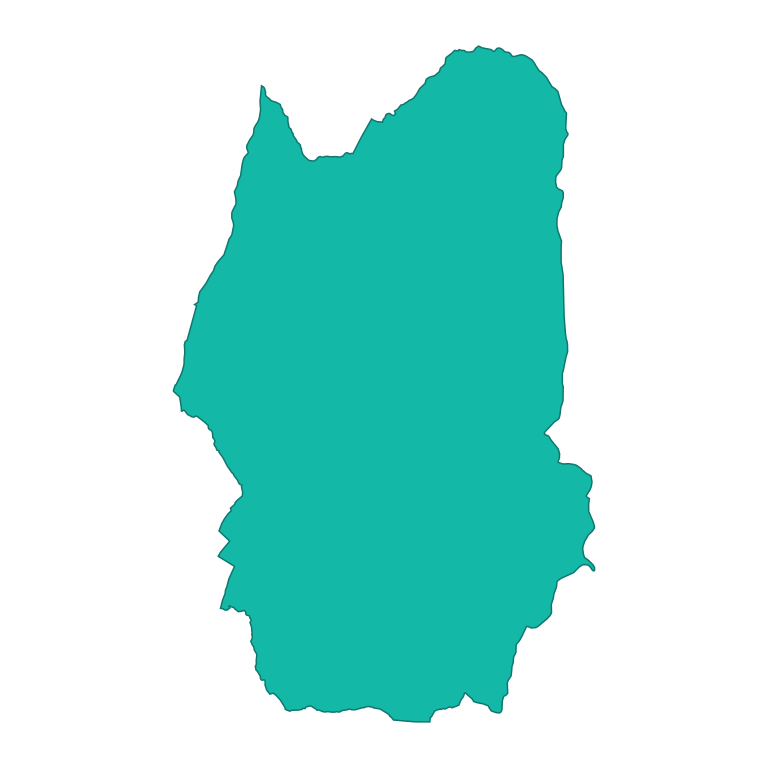 the district of Pasca, Cundinamarca, Colombia
{"feature_id": "7082276B89051465067513", "entity_name": "Pasca", "entity_type": "district", "adm_level": 2, "iso_a3": "COL", "parent_name": "Colombia", "parent_adm1": "Cundinamarca", "projection": "robinson", "projection_center": [-74.281, 4.297], "detail": "fine", "context": "isolated", "style": "filled", "palette": "teal", "viewbox_px": 768, "rotation_deg": 0, "n_neighbors": 0, "source": "geoboundaries", "source_scale": "gbopen_adm2", "svg_char_len": 6072}
<svg xmlns="http://www.w3.org/2000/svg" viewBox="0 0 768 768"><path d="M504.9,51.9L502.6,49.7L500.6,48.4L498.4,48.0L496.9,48.5L494.5,51.2L493.6,51.4L490.9,49.5L482.3,47.9L478.6,46.1L475.9,48.0L473.5,51.3L469.7,52.1L466.4,52.0L464.1,50.4L461.6,50.4L459.1,49.6L457.9,50.9L454.6,50.4L452.2,52.9L446.2,57.5L445.7,58.7L445.2,63.7L442.5,66.5L440.5,68.0L439.4,71.6L434.8,75.6L429.2,77.3L426.6,79.0L425.9,80.2L425.1,83.4L419.6,88.7L416.8,93.8L413.8,97.9L412.0,99.2L409.0,100.5L406.9,102.3L405.5,102.8L404.0,104.2L400.8,105.1L397.6,109.3L394.5,111.1L395.4,113.6L394.8,114.8L393.8,115.4L392.5,115.4L389.5,113.4L387.2,113.8L385.8,115.0L384.9,117.9L383.4,119.1L382.5,122.1L377.3,121.7L374.0,120.5L371.6,119.0L361.3,137.2L353.0,153.5L351.4,153.4L349.6,153.9L347.9,152.9L346.5,152.8L345.3,153.3L342.8,156.2L339.7,157.1L335.6,156.6L330.6,156.8L327.3,156.3L324.8,156.5L322.5,157.3L320.1,156.5L318.0,157.4L316.5,159.4L314.1,161.1L308.9,160.4L304.7,156.6L302.8,154.2L301.6,150.9L301.4,148.3L300.5,147.1L300.5,145.2L298.8,143.3L297.3,142.3L296.6,140.4L293.5,135.9L293.0,133.4L291.9,132.3L291.1,129.3L289.1,127.4L287.9,121.5L287.9,117.8L287.6,116.9L284.9,115.4L283.2,112.9L282.7,111.6L282.6,109.5L280.9,107.1L280.2,104.4L276.4,102.4L271.4,100.8L269.0,98.4L266.4,96.5L265.5,94.9L265.6,92.3L264.5,88.3L263.5,87.0L261.5,85.8L260.0,101.6L260.6,109.8L259.3,118.0L258.0,121.7L255.2,125.9L254.0,128.4L253.7,132.4L253.0,135.1L249.8,139.7L246.8,145.6L246.7,148.1L248.1,151.8L248.1,153.2L244.6,156.9L243.5,159.1L242.2,164.3L240.6,175.6L238.1,181.0L237.2,186.0L234.4,191.8L235.8,198.3L236.1,203.9L232.5,210.8L231.8,213.1L231.8,218.0L233.2,222.2L233.7,225.7L231.9,234.5L230.9,236.6L229.3,238.5L224.0,254.8L217.9,261.8L214.9,266.3L213.5,270.8L210.6,274.9L206.1,283.2L199.8,291.8L198.5,297.3L198.2,302.1L194.6,304.6L196.6,305.6L196.2,307.1L187.7,338.1L186.9,340.5L185.6,341.1L185.1,341.9L184.4,344.6L184.8,352.7L184.1,359.3L184.1,363.8L183.6,366.2L182.1,371.7L180.7,375.2L176.0,384.9L175.2,385.0L173.4,390.6L173.6,391.5L179.3,396.6L179.8,397.5L181.3,407.9L181.4,411.0L182.1,411.2L183.3,410.2L184.6,410.6L187.6,414.5L192.3,417.0L194.3,417.0L196.0,416.1L196.9,416.2L204.2,421.8L208.1,425.4L208.5,428.4L209.1,429.3L211.1,430.3L212.4,432.4L212.8,437.6L214.0,438.9L215.0,441.3L214.2,442.9L214.1,444.8L216.1,447.8L216.7,449.8L217.2,450.3L219.0,450.7L219.0,452.2L222.9,457.6L227.4,466.2L231.8,472.6L233.1,473.6L234.2,475.9L237.7,480.4L238.4,482.4L239.5,484.1L241.8,485.1L241.4,486.3L242.7,492.6L242.2,496.1L237.3,500.2L235.2,502.6L234.6,504.5L230.4,508.2L231.3,510.7L228.1,513.8L224.5,518.8L222.0,523.1L219.0,530.9L229.7,541.2L220.3,552.5L218.2,556.3L234.0,566.0L234.4,566.7L228.9,578.9L226.7,587.3L225.5,589.9L225.1,593.6L222.6,600.0L220.5,608.4L222.8,608.7L224.8,610.0L227.0,610.1L229.7,608.2L229.0,606.2L230.0,605.9L230.8,606.8L233.8,607.5L234.8,608.9L238.3,611.7L241.4,611.3L244.0,610.4L245.6,611.7L245.8,613.9L246.3,614.9L249.5,616.0L249.9,618.1L251.1,619.7L251.1,620.5L250.0,622.5L251.7,627.6L251.7,630.3L252.2,632.6L251.7,634.2L252.3,636.2L252.1,638.6L250.8,641.2L252.4,645.0L253.7,646.9L254.3,650.0L256.3,653.3L256.8,655.2L256.2,660.9L256.4,664.2L255.3,666.4L256.0,669.9L257.7,671.8L260.3,676.3L260.4,678.2L261.1,679.7L262.2,680.3L263.5,679.9L264.7,680.1L265.2,681.6L265.0,684.9L266.7,690.1L269.8,694.1L273.0,693.3L274.2,693.8L276.5,695.8L280.1,699.8L284.9,707.3L285.2,709.2L287.2,710.3L288.7,710.6L289.6,711.2L291.8,710.3L299.0,710.0L302.1,709.3L303.2,708.3L305.0,708.6L306.2,706.9L310.1,705.9L312.4,706.7L313.7,707.9L315.5,708.7L316.8,710.1L318.7,710.0L323.1,711.7L324.8,712.0L327.8,711.6L331.4,712.1L335.1,712.1L337.2,711.5L337.8,712.0L339.6,712.0L342.4,710.5L347.7,709.7L348.8,709.2L349.8,709.0L351.9,709.8L355.2,709.8L362.4,707.7L364.0,707.7L366.1,706.8L369.6,706.4L370.4,707.0L372.2,707.0L373.5,707.9L380.1,709.0L387.3,713.4L389.6,715.4L389.9,716.4L391.1,717.0L393.5,720.0L414.4,721.8L429.8,721.9L430.2,718.0L431.5,716.7L434.6,711.2L436.8,710.0L439.6,709.3L441.5,709.3L443.4,708.4L444.5,709.0L445.6,708.8L449.3,706.9L451.7,707.4L452.0,707.8L458.8,705.2L460.9,700.1L463.4,696.6L464.5,693.1L465.3,692.9L472.4,699.2L473.7,701.5L476.9,702.6L483.3,703.9L488.4,705.9L489.4,708.3L491.4,711.0L496.4,712.7L499.2,712.9L500.4,712.5L501.4,711.3L501.9,709.7L502.4,700.6L503.4,697.1L504.1,696.1L506.2,695.0L507.7,693.3L507.3,682.9L508.0,680.7L510.9,676.2L511.3,674.6L512.0,666.5L513.2,662.6L513.6,657.1L515.9,652.5L516.2,644.5L519.3,640.9L521.9,636.4L526.5,626.5L528.0,626.5L531.3,628.0L535.7,627.6L537.5,626.8L547.4,618.5L550.0,615.6L551.1,613.8L551.5,612.3L551.3,604.5L553.3,598.2L553.9,594.1L556.5,587.0L557.0,581.7L558.2,580.4L561.1,578.3L573.6,572.6L579.2,567.0L582.3,565.0L583.9,564.6L587.9,565.0L589.7,566.3L592.5,570.3L593.3,570.8L594.2,570.8L594.6,570.1L594.5,567.4L592.8,564.6L588.7,560.5L584.9,557.8L584.3,556.9L583.4,554.0L582.7,548.9L583.0,546.5L584.7,541.2L588.5,534.8L592.3,531.2L594.5,527.9L594.3,525.7L593.0,521.5L588.7,511.5L588.6,504.2L589.4,498.6L587.1,497.3L586.1,496.0L589.8,490.2L591.3,486.5L592.0,482.0L591.0,475.9L586.3,473.4L582.7,470.4L581.0,468.5L576.5,465.3L573.7,464.4L568.7,463.7L562.9,464.0L558.4,462.4L558.1,461.8L559.4,458.0L559.6,453.8L558.2,448.9L551.2,440.3L548.8,436.4L547.8,435.6L545.4,434.9L544.4,433.3L544.5,432.5L545.3,431.5L554.2,422.1L558.5,419.0L559.3,417.8L560.2,413.3L560.7,407.9L563.0,400.9L563.2,386.7L562.3,383.7L562.4,373.1L563.3,370.5L565.9,357.3L567.6,351.8L567.5,344.8L567.2,342.2L566.0,338.0L565.4,332.8L564.1,316.1L563.1,274.9L561.1,262.0L561.1,247.0L561.5,241.1L557.9,230.9L556.9,225.5L557.0,218.4L558.7,212.0L561.3,206.8L561.7,202.8L563.3,197.6L563.3,193.9L563.2,192.2L562.2,190.7L558.1,188.8L556.5,187.0L555.6,181.9L555.7,177.7L556.5,175.6L560.6,170.2L561.6,167.7L562.0,160.0L563.4,156.3L563.4,144.3L565.0,139.3L567.8,135.0L568.0,133.7L566.5,131.3L565.7,128.3L566.5,113.2L565.1,111.4L561.5,104.5L557.9,91.5L555.4,89.0L551.8,86.5L546.7,77.7L542.4,73.1L538.9,70.4L536.0,66.0L534.5,63.2L532.1,60.0L525.5,55.8L522.2,54.8L520.6,54.8L514.7,56.4L512.9,56.4L511.9,55.9L510.5,53.8L509.1,52.5L504.9,51.9Z" fill="#14b8a6" stroke="#0f766e" stroke-width="1.5"/></svg>